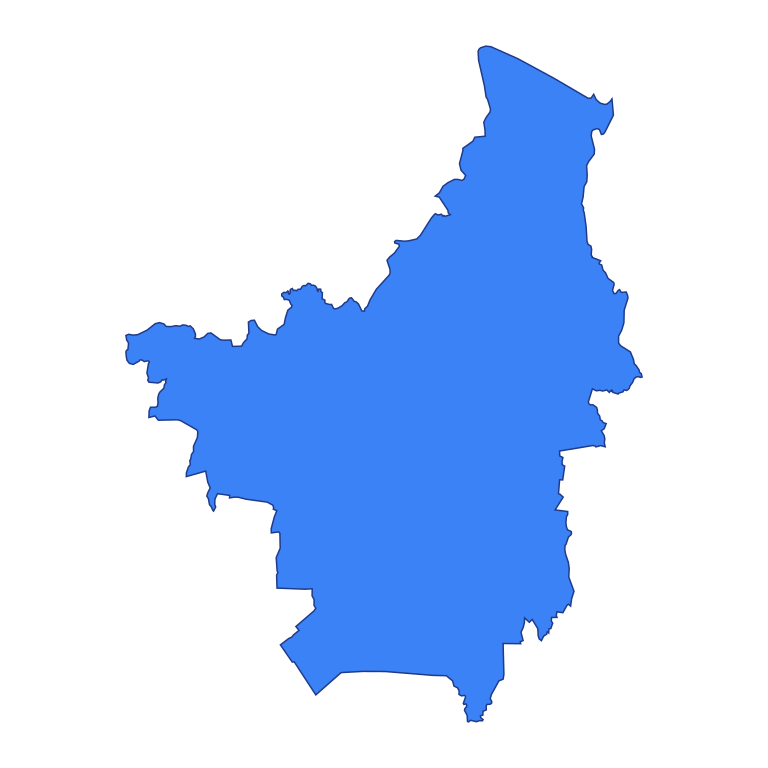 outline of Trang Bom, Đồng Nai, Vietnam
{"feature_id": "81297802B42890675400166", "entity_name": "Trang Bom", "entity_type": "district", "adm_level": 2, "iso_a3": "VNM", "parent_name": "Vietnam", "parent_adm1": "Đồng Nai", "projection": "natural_earth1", "projection_center": [107.029, 10.976], "detail": "fine", "context": "isolated", "style": "filled", "palette": "blue", "viewbox_px": 768, "rotation_deg": 0, "n_neighbors": 0, "source": "geoboundaries", "source_scale": "gbopen_adm2", "svg_char_len": 6116}
<svg xmlns="http://www.w3.org/2000/svg" viewBox="0 0 768 768"><path d="M294.2,661.8L315.8,694.9L340.9,672.8L342.3,672.5L362.9,671.4L385.1,671.5L433.2,675.4L446.3,675.7L452.6,680.9L454.0,686.1L457.4,687.7L459.1,690.8L459.0,694.5L461.7,695.9L464.4,695.4L465.3,696.0L465.5,697.1L463.3,703.5L463.9,704.4L466.0,703.9L466.7,705.2L466.5,706.7L464.9,708.6L464.5,710.4L467.1,715.2L467.5,721.5L468.5,721.9L470.7,720.3L476.5,721.7L479.2,720.7L482.4,720.8L483.1,719.7L480.7,717.6L480.4,715.8L482.9,715.1L483.0,711.3L486.3,709.9L486.2,706.0L486.9,704.4L489.9,704.3L491.5,703.4L491.8,701.6L490.2,698.8L491.4,694.5L498.9,680.9L503.1,679.2L503.9,674.5L503.1,643.5L520.7,643.7L520.2,641.7L523.1,640.6L521.0,632.3L523.3,627.2L524.4,622.7L524.6,617.9L529.3,622.3L532.2,619.5L537.8,628.6L538.2,635.8L539.2,638.9L541.4,640.7L543.7,636.1L546.8,634.1L547.0,632.1L547.7,631.8L548.7,632.9L549.0,628.8L550.8,628.6L552.7,623.1L551.3,621.1L551.6,617.5L557.0,617.4L556.3,615.3L556.9,611.8L562.9,612.7L566.9,605.5L568.4,604.2L570.6,606.1L571.6,598.8L574.0,591.3L568.8,577.1L569.2,568.3L568.3,562.2L565.6,554.2L564.8,549.6L565.1,545.3L566.0,544.4L568.4,537.1L571.1,534.6L571.5,533.4L571.2,531.5L567.4,529.7L566.4,526.6L565.9,522.8L566.4,516.9L567.7,514.4L567.7,511.5L555.1,509.9L563.2,497.1L560.1,494.3L558.5,493.7L559.6,479.8L562.7,479.9L564.7,466.1L562.2,464.7L562.0,461.7L562.9,457.5L559.7,455.9L559.6,451.0L592.9,445.5L595.1,446.0L595.9,446.9L600.7,445.6L605.2,446.8L604.3,443.0L604.8,438.7L604.1,435.5L601.3,430.8L604.2,428.7L606.2,423.6L603.3,422.7L602.0,420.8L600.2,419.7L599.7,416.1L597.5,413.1L597.4,410.0L596.6,407.4L592.9,404.8L590.4,404.8L589.0,403.8L588.3,402.1L592.4,388.8L596.3,390.8L599.9,390.3L602.7,391.0L606.9,390.0L609.3,392.4L610.4,390.9L611.2,391.3L611.6,390.1L612.4,390.6L612.9,392.4L618.2,394.0L618.9,393.1L623.0,391.8L624.1,389.8L626.4,390.5L627.7,389.9L629.2,388.4L630.0,385.9L632.6,382.4L634.1,378.8L635.9,377.2L638.2,376.6L640.5,377.4L642.1,377.0L641.3,373.7L639.6,372.3L639.1,370.0L635.9,365.3L634.3,364.0L633.4,359.3L630.4,351.9L620.7,345.8L618.6,343.1L618.6,336.1L621.7,330.2L623.9,322.8L624.2,310.2L628.0,298.0L627.6,295.5L626.2,292.0L621.7,292.4L620.7,291.8L619.6,289.6L618.3,290.3L615.9,293.5L614.0,293.6L612.5,290.4L614.1,284.6L613.8,282.6L608.0,278.4L605.6,272.9L603.0,270.1L601.7,265.0L599.2,263.9L599.1,263.0L600.7,260.8L592.1,257.4L592.2,256.5L591.2,255.2L591.6,249.3L590.9,246.1L588.1,244.4L587.0,241.2L586.1,226.5L584.2,212.8L583.3,210.2L583.6,207.8L581.5,203.9L583.1,197.1L584.1,186.5L586.8,181.7L587.2,174.9L586.6,165.7L588.6,161.6L594.2,154.1L594.5,149.2L591.2,136.0L591.7,131.7L592.6,130.2L596.8,128.6L599.4,129.5L601.4,134.5L603.5,134.0L605.1,131.8L613.4,115.2L612.0,98.9L610.1,101.5L606.9,104.1L604.5,104.4L600.1,103.1L596.2,99.6L593.7,94.3L591.1,98.1L588.2,98.3L553.8,78.2L518.0,58.8L490.9,46.7L485.8,46.1L480.6,47.8L479.0,49.2L478.1,51.3L478.6,60.4L484.4,85.7L486.1,97.0L487.6,99.4L490.5,109.2L490.0,112.1L486.1,117.5L483.8,122.2L485.0,130.1L485.2,136.2L474.8,137.2L472.9,141.2L462.9,148.3L462.9,150.6L459.5,163.6L461.0,170.2L465.7,175.5L463.8,179.4L461.8,180.4L458.0,179.4L454.4,179.4L447.9,182.7L443.0,186.3L439.3,192.9L435.2,196.1L439.3,197.2L447.9,210.2L448.3,212.9L450.3,214.7L445.0,216.3L443.9,215.5L442.9,216.2L441.4,214.2L438.0,215.0L435.5,213.7L434.4,214.4L431.2,218.3L420.4,235.3L416.7,239.0L408.2,240.9L404.2,241.2L396.2,240.4L394.6,241.5L394.8,243.0L398.9,244.2L399.4,246.2L394.4,253.1L389.7,257.0L387.0,260.3L390.0,269.4L390.1,273.2L389.2,275.1L376.3,289.3L370.1,299.8L367.5,306.2L364.9,308.6L364.4,311.2L361.8,310.9L358.5,304.0L356.3,301.9L354.2,301.3L351.5,297.8L349.4,298.2L346.8,301.9L344.8,302.7L342.2,305.6L338.1,308.1L335.2,308.9L333.5,308.4L331.6,304.4L329.6,304.5L325.5,303.4L324.9,302.5L324.9,300.1L322.1,298.7L322.4,292.7L320.9,291.4L320.7,289.2L318.9,289.0L317.9,291.3L317.3,290.6L317.1,288.6L315.5,286.1L313.6,285.2L311.4,285.3L310.5,283.9L308.1,283.3L305.6,285.8L303.9,285.5L302.3,286.3L300.4,289.3L298.0,289.3L296.7,290.7L295.1,290.2L293.3,290.6L292.4,288.5L290.9,289.1L290.0,290.2L290.4,292.7L289.4,294.1L288.5,293.8L288.5,291.7L287.8,291.0L286.0,292.7L283.9,292.3L281.8,293.9L281.7,295.9L283.5,297.3L284.3,299.6L286.7,299.4L289.2,300.2L290.8,304.1L292.0,305.3L291.4,307.3L287.9,310.1L285.5,317.5L284.1,324.4L277.5,329.1L276.1,334.6L275.3,335.0L268.9,334.0L261.6,330.5L257.7,326.7L254.4,320.2L251.1,320.5L248.4,322.1L248.9,333.2L247.3,335.2L247.1,338.7L243.4,342.8L241.6,346.2L232.5,346.4L230.9,340.0L223.0,340.2L220.1,339.6L210.9,332.9L207.6,333.5L204.2,336.9L199.3,339.0L194.6,338.3L195.5,336.1L195.4,333.9L193.4,329.0L190.3,325.9L188.3,326.4L186.5,325.4L182.8,324.9L180.0,326.2L175.6,325.7L171.3,326.6L167.0,326.5L166.0,326.3L164.0,324.0L159.6,322.6L155.2,323.7L147.0,330.2L137.7,334.7L133.0,335.1L128.6,334.3L125.9,335.5L126.7,340.1L128.2,342.3L128.5,343.8L127.9,349.5L126.5,350.3L125.9,352.0L126.3,356.7L127.0,360.3L129.4,363.4L133.3,364.4L139.3,361.0L140.0,359.8L142.4,360.2L144.3,361.6L147.9,360.8L149.1,361.4L149.3,362.3L148.5,363.3L146.9,373.1L148.5,377.8L147.7,380.2L148.9,382.2L158.0,383.0L160.8,381.8L162.1,379.8L163.5,380.1L166.4,378.9L165.6,381.4L166.0,382.4L164.4,384.9L163.9,388.2L160.0,391.9L158.7,394.2L157.8,398.1L158.0,403.1L157.4,406.3L155.5,407.2L150.5,407.2L149.1,411.0L148.9,417.5L155.0,416.0L158.3,420.2L177.2,419.8L180.6,420.6L196.7,429.8L197.8,431.5L197.4,437.5L193.5,446.3L193.5,451.7L191.5,454.4L190.7,459.3L189.8,460.4L190.3,464.7L188.4,467.0L186.4,472.8L186.3,476.6L205.7,471.1L207.8,482.3L210.2,487.9L207.8,492.8L206.8,496.1L208.4,498.7L209.5,504.7L211.1,506.5L212.9,510.5L213.6,511.1L215.7,506.9L214.8,504.7L214.8,501.0L215.1,498.7L217.5,493.7L229.7,495.4L229.5,497.9L234.8,497.1L238.5,497.3L246.1,499.2L267.1,502.1L272.9,505.2L273.6,507.8L273.3,509.2L276.8,510.7L274.3,517.0L271.2,528.7L271.3,532.9L278.7,531.9L279.9,533.3L280.2,548.2L276.2,557.6L277.1,570.9L277.9,572.3L276.6,575.2L277.0,588.1L305.1,589.2L312.2,588.8L312.1,595.8L314.1,599.6L314.0,605.3L315.8,608.2L314.0,610.9L295.9,626.5L299.0,630.4L293.4,635.0L291.8,637.1L288.7,638.5L280.4,644.9L292.3,662.1L294.2,661.8Z" fill="#3b82f6" stroke="#1e3a8a" stroke-width="1.5"/></svg>